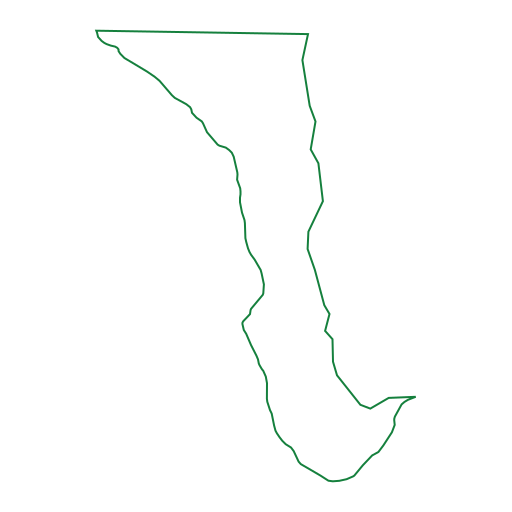 the district of Calhoun, Illinois, United States of America
{"feature_id": "52423323B51319827777546", "entity_name": "Calhoun", "entity_type": "district", "adm_level": 2, "iso_a3": "USA", "parent_name": "United States of America", "parent_adm1": "Illinois", "projection": "albers", "projection_center": [-90.682, 39.134], "detail": "fine", "context": "isolated", "style": "outline", "palette": "green", "viewbox_px": 512, "rotation_deg": 0, "n_neighbors": 0, "source": "geoboundaries", "source_scale": "gbopen_adm2", "svg_char_len": 1640}
<svg xmlns="http://www.w3.org/2000/svg" viewBox="0 0 512 512"><path d="M274.1,425.5L275.5,430.7L276.9,433.3L279.6,437.3L282.3,440.8L285.7,444.2L291.0,447.5L293.7,451.1L298.6,461.6L300.8,464.1L320.5,475.6L328.4,480.7L332.8,481.3L339.5,480.8L340.7,480.5L346.6,479.2L353.1,476.4L354.3,475.6L362.8,465.3L372.2,455.4L378.4,452.0L383.3,445.5L391.9,432.3L394.7,424.9L394.2,420.0L394.3,418.6L394.9,416.6L401.6,404.4L404.5,401.9L408.0,399.8L415.7,396.8L388.7,397.9L370.3,408.6L360.4,404.8L337.0,375.3L333.0,361.7L332.5,339.2L325.1,330.9L329.5,314.0L324.3,305.2L314.9,270.0L307.6,249.0L308.4,231.7L322.9,201.2L318.4,163.3L310.7,149.4L315.5,121.5L309.7,105.8L302.4,60.1L308.0,34.1L96.3,30.7L97.0,32.5L98.1,37.0L101.6,40.9L104.3,42.9L106.6,44.1L110.8,45.6L115.1,46.6L117.2,47.8L118.5,49.4L118.6,51.2L120.3,53.8L124.4,58.0L147.1,71.6L154.7,76.8L159.6,80.9L171.9,95.2L174.8,97.9L186.3,104.2L190.1,107.2L191.3,109.4L192.0,112.8L196.5,117.7L201.8,121.4L203.0,123.3L207.0,132.2L217.6,144.6L219.4,145.7L225.8,147.6L229.1,150.0L231.8,152.7L233.7,156.7L237.3,172.3L237.5,174.5L237.1,179.7L240.2,188.3L240.5,191.3L240.5,194.4L240.0,197.7L240.0,202.3L242.0,212.6L244.5,220.1L244.9,223.1L245.4,238.2L246.2,241.8L248.0,248.3L249.5,252.0L251.1,254.8L254.7,259.7L259.5,268.0L260.6,269.8L261.6,273.4L263.9,284.4L263.3,293.3L262.8,294.8L251.1,308.8L250.6,310.0L250.0,314.1L243.2,321.3L242.5,322.6L242.4,323.9L243.8,330.0L246.2,333.8L251.0,345.0L256.4,355.6L258.0,359.4L258.8,363.5L259.5,365.1L261.3,368.2L262.2,369.6L263.2,370.7L265.8,376.6L267.0,383.2L266.9,398.7L267.3,401.8L270.0,410.1L271.7,413.6L274.1,425.5Z" fill="none" stroke="#15803d" stroke-width="2"/></svg>